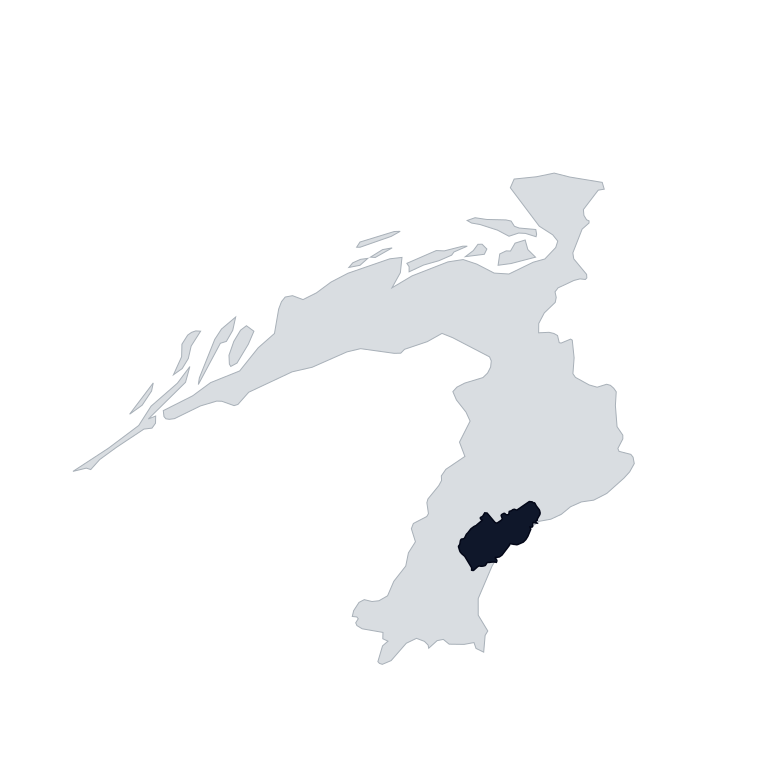 Croatia, with Viroviticko-Podravska highlighted, rotated 110°
{"feature_id": "HRV-1606", "entity_name": "Viroviticko-Podravska", "entity_type": "County", "adm_level": 1, "iso_a3": "HRV", "parent_name": "Croatia", "parent_adm1": "", "projection": "orthographic", "projection_center": [17.571, 45.727], "detail": "fine", "context": "in_parent", "style": "filled", "palette": "ink", "viewbox_px": 768, "rotation_deg": 110, "n_neighbors": 0, "source": "natural_earth", "source_scale": "10m", "svg_char_len": 5717}
<svg xmlns="http://www.w3.org/2000/svg" viewBox="0 0 768 768"><g transform="rotate(110 384 384)"><path d="M125.6,243.7L128.6,249.0L151.9,256.3L157.2,253.8L160.4,249.8L160.6,247.1L162.6,246.4L170.7,250.8L196.2,251.4L201.5,248.5L211.7,231.1L214.9,229.7L216.9,230.5L218.2,235.8L221.7,240.9L234.1,253.3L238.9,254.8L243.7,251.8L248.7,251.0L262.4,257.7L274.2,259.3L283.0,256.2L279.0,246.6L278.4,241.7L279.1,237.5L285.2,233.5L285.0,231.6L278.0,224.0L278.4,222.1L294.4,214.3L309.7,210.0L312.3,206.4L314.7,190.9L314.1,182.6L308.1,174.7L307.8,170.8L309.4,166.7L311.9,163.1L325.1,159.2L344.4,150.4L350.4,142.1L353.9,140.8L364.6,142.2L366.9,140.1L365.7,128.0L367.6,124.9L373.2,121.6L382.5,123.1L390.3,126.3L410.6,137.2L421.4,147.2L427.3,158.2L435.5,166.7L445.8,172.8L454.0,181.0L460.0,191.3L468.5,197.1L479.4,198.4L486.4,201.9L489.3,207.7L495.2,212.9L504.2,217.6L518.2,220.2L553.4,222.1L569.0,216.4L580.6,202.0L585.6,203.0L601.9,198.6L601.0,207.1L596.2,211.0L601.3,219.7L606.2,233.8L603.7,240.9L607.0,246.3L617.0,251.6L614.2,253.3L612.0,258.0L611.9,266.5L620.0,274.4L641.5,282.7L648.0,289.7L648.1,292.7L647.0,294.8L630.6,295.8L624.3,292.3L623.8,298.0L617.8,300.0L621.5,320.8L620.3,326.8L618.1,328.9L613.4,327.9L612.2,329.9L613.3,334.3L607.4,335.0L597.8,332.8L593.4,328.8L592.5,320.9L589.4,314.6L581.8,308.2L566.0,307.3L547.6,301.3L534.3,303.3L521.5,300.5L510.6,308.8L505.0,308.7L493.9,298.5L490.6,297.9L480.9,303.1L477.0,303.4L460.9,297.8L455.0,296.9L450.7,298.7L443.0,296.7L424.4,283.2L412.8,293.2L389.4,290.4L382.4,297.3L374.2,310.5L367.6,316.7L362.0,314.4L355.5,308.4L344.1,293.2L338.3,290.4L331.6,289.6L325.6,291.1L322.4,294.1L317.0,335.2L316.6,346.8L329.4,357.8L344.4,376.6L349.3,378.8L351.7,384.9L358.8,418.1L366.5,429.8L392.8,457.2L404.0,474.5L438.0,508.3L453.2,514.3L455.6,517.5L455.7,530.5L457.3,535.4L467.4,549.0L488.2,569.0L490.6,573.6L491.3,577.0L489.9,579.6L484.5,582.3L460.6,559.8L442.0,547.4L421.1,524.1L393.0,514.6L374.0,504.2L349.6,508.6L341.7,508.5L336.1,506.6L332.3,500.2L332.4,489.0L321.4,478.6L306.4,468.7L292.3,455.8L264.4,421.4L258.9,410.4L273.8,406.7L290.9,409.4L272.8,394.6L247.4,365.7L240.0,352.2L239.6,337.9L242.1,318.4L237.9,304.2L218.5,285.4L211.5,275.6L197.0,269.3L190.3,269.6L186.1,276.5L182.6,292.1L156.4,332.4L146.9,331.8L137.1,311.6L127.6,296.2L126.0,280.3L119.9,247.9L125.6,243.7ZM564.7,630.3L564.9,635.0L572.5,646.4L538.6,621.0L506.9,600.3L484.5,595.3L453.9,578.4L434.0,572.4L450.3,571.1L497.5,593.5L492.2,587.6L499.0,585.3L504.8,586.9L508.5,594.2L535.1,613.8L552.2,625.3L564.7,630.3ZM202.8,356.8L201.9,361.8L196.6,355.3L194.3,343.9L188.1,325.5L187.4,320.3L191.2,315.4L191.2,310.3L186.9,294.2L191.1,291.8L193.6,291.5L194.1,302.6L196.1,309.1L202.4,317.1L200.6,330.0L201.3,348.4L202.8,356.8ZM233.4,317.4L222.2,319.7L217.1,314.7L215.8,310.6L206.8,309.0L200.4,300.6L208.5,294.8L213.0,285.0L227.4,305.9L233.4,317.4ZM410.0,539.5L395.3,539.7L382.5,537.2L376.3,533.2L378.9,524.3L393.0,525.1L414.6,529.3L419.9,534.0L418.2,536.1L410.0,539.5ZM448.0,558.3L441.4,559.6L399.9,558.3L387.9,555.5L371.8,546.3L385.3,544.5L397.9,546.7L401.7,551.7L448.0,558.3ZM265.2,400.5L262.8,403.8L240.7,380.5L238.3,372.9L227.6,357.2L226.0,352.9L236.0,363.4L239.8,364.5L249.4,374.6L258.7,387.5L270.0,398.8L265.2,400.5ZM397.1,574.4L414.3,578.2L427.0,576.6L438.5,578.9L447.3,585.0L427.6,583.5L415.7,587.5L405.2,585.2L401.3,582.5L398.5,579.1L397.1,574.4ZM263.7,453.3L264.8,456.5L258.8,455.1L237.2,426.5L235.0,421.0L242.8,427.7L263.7,453.3ZM227.8,334.1L236.5,351.1L228.1,345.7L220.6,343.5L219.1,339.6L222.0,333.5L227.8,334.1ZM486.6,604.0L499.4,612.7L461.9,601.2L470.1,600.0L486.6,604.0ZM280.7,447.2L286.5,456.9L280.8,454.8L274.9,448.7L271.5,442.2L280.7,447.2ZM268.1,435.5L269.4,440.1L258.2,431.3L253.3,422.9L268.1,435.5Z" fill="#d9dde1" stroke="#a8b0b8" stroke-width="1"/><path d="M459.7,193.4L460.5,194.2L461.5,194.4L462.4,192.8L462.9,195.0L462.8,196.1L463.1,196.5L464.9,196.4L467.0,195.6L467.9,196.0L468.5,198.0L469.0,197.7L469.3,197.3L469.6,196.9L470.3,196.4L477.9,196.7L481.7,197.5L484.9,199.0L489.2,203.5L489.8,204.7L489.9,205.7L490.4,207.6L490.5,209.1L490.6,209.8L490.8,210.6L491.5,211.1L493.5,211.2L504.4,214.6L507.0,216.4L508.8,219.5L508.8,220.0L509.8,219.8L510.3,218.9L510.8,217.9L511.6,217.4L513.1,217.4L513.1,217.5L513.7,219.9L514.6,222.0L515.6,223.9L516.0,225.0L516.4,225.8L516.8,226.1L519.3,226.6L519.9,226.8L520.4,227.4L521.0,228.2L521.8,229.7L522.1,230.6L522.3,231.4L522.4,232.4L523.0,233.0L524.0,233.7L528.4,236.0L528.6,236.3L528.8,236.5L529.0,238.0L526.7,238.8L518.3,249.2L517.0,252.7L516.2,254.2L515.6,255.1L515.0,255.7L511.8,258.1L511.3,258.4L510.8,258.5L510.5,258.4L509.8,258.1L508.3,258.0L505.3,258.6L504.4,258.6L503.6,258.4L503.2,258.1L502.9,257.6L502.7,257.1L502.4,256.5L501.8,256.0L501.0,255.6L497.0,255.2L496.1,254.8L495.3,254.4L490.3,252.8L487.1,250.7L486.5,250.1L485.4,249.0L485.1,248.7L484.5,248.6L478.3,245.0L478.1,245.0L478.0,245.3L478.0,246.3L477.9,246.7L477.7,247.1L477.2,247.6L476.8,247.7L476.5,247.7L476.1,247.4L475.8,247.2L475.5,246.8L474.9,246.4L474.3,246.0L470.6,245.3L470.0,243.0L476.1,232.4L476.2,230.7L475.9,230.1L472.3,227.5L471.6,227.1L470.8,226.8L470.2,226.8L469.9,226.9L469.3,227.5L468.9,227.8L468.1,228.5L467.6,228.9L466.6,228.9L464.9,227.5L464.5,227.0L464.3,226.5L464.4,226.0L464.9,225.1L465.0,224.5L464.8,223.8L464.5,222.8L464.1,222.4L463.7,222.2L461.1,222.7L460.9,222.7L460.3,222.0L459.5,220.9L458.1,220.1L457.5,219.3L457.1,218.6L457.1,218.2L457.1,217.2L457.1,216.7L457.0,216.0L444.8,207.3L444.2,205.0L444.1,204.4L444.2,203.9L444.6,203.1L444.6,202.7L444.2,202.1L444.4,201.5L445.0,200.8L446.4,199.3L449.0,195.2L449.5,194.7L450.0,194.3L451.7,193.2L452.6,193.0L453.4,192.9L458.1,193.7L459.0,193.6L459.6,193.5L459.7,193.4Z" fill="#0f172a" stroke="#020617" stroke-width="1.5"/></g></svg>